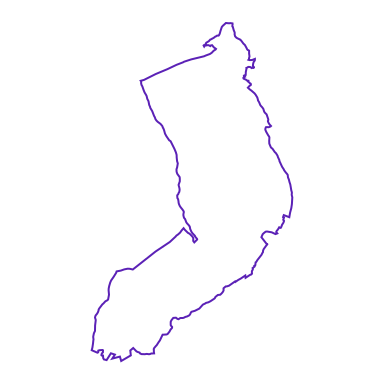 Creteni, Vâlcea, Romania
{"feature_id": "2599482B89031901268624", "entity_name": "Creteni", "entity_type": "district", "adm_level": 2, "iso_a3": "ROU", "parent_name": "Romania", "parent_adm1": "Vâlcea", "projection": "orthographic", "projection_center": [24.181, 44.701], "detail": "fine", "context": "isolated", "style": "outline", "palette": "violet", "viewbox_px": 384, "rotation_deg": 0, "n_neighbors": 0, "source": "geoboundaries", "source_scale": "gbopen_adm2", "svg_char_len": 5911}
<svg xmlns="http://www.w3.org/2000/svg" viewBox="0 0 384 384"><path d="M154.1,353.4L153.8,351.0L153.9,349.8L153.7,349.2L154.0,348.3L155.8,346.1L156.7,345.2L158.6,342.2L159.9,340.4L162.6,334.7L166.3,334.5L167.0,334.3L167.6,334.0L169.5,331.6L170.6,329.5L171.9,328.1L172.1,327.5L172.1,326.9L171.0,325.7L170.7,325.1L170.7,322.3L170.8,321.5L171.6,320.0L173.3,317.9L175.9,317.7L176.7,318.3L177.4,318.9L178.5,319.2L180.2,318.1L180.7,318.0L182.8,318.0L183.9,317.7L185.4,316.9L187.0,316.5L189.0,315.5L189.5,315.1L190.2,314.1L190.9,312.5L191.5,311.8L194.9,310.8L199.3,308.6L202.9,304.6L205.2,303.5L206.0,302.9L208.4,302.3L210.5,301.2L214.4,298.6L215.0,297.9L215.3,297.1L215.6,296.8L217.8,295.0L220.3,294.7L221.8,293.2L222.7,292.1L223.2,291.3L223.6,290.3L223.5,288.6L223.6,288.2L225.5,286.6L225.8,286.4L226.8,286.4L229.0,285.7L235.1,281.4L235.4,281.9L238.3,279.9L240.7,278.6L245.3,275.5L245.6,277.8L250.0,274.9L251.2,274.5L251.5,274.0L251.9,273.8L252.0,273.7L251.9,273.1L251.9,272.4L251.9,271.1L252.7,269.7L252.9,268.8L252.6,268.1L254.4,266.7L254.2,265.9L254.4,265.7L255.1,265.6L255.3,265.2L255.6,262.4L256.2,262.0L257.5,259.9L261.5,254.8L262.3,253.1L262.9,252.3L263.1,250.5L263.7,249.1L266.0,245.9L267.3,244.3L267.2,244.0L266.6,243.9L261.4,237.2L262.1,235.6L262.7,234.2L263.6,233.3L265.6,231.7L267.0,231.5L271.7,232.3L275.5,234.1L277.3,233.4L276.2,232.0L276.8,230.7L277.7,229.8L279.2,227.3L280.2,227.9L280.7,227.9L281.3,226.9L282.1,224.7L283.3,222.9L283.9,221.5L284.0,220.8L283.5,220.4L283.5,219.6L283.3,219.4L284.0,217.6L283.4,217.2L283.1,217.1L283.3,216.4L283.8,215.1L289.3,217.2L290.1,212.6L291.3,208.1L291.9,204.1L292.3,197.3L291.7,194.8L291.9,192.7L291.7,191.7L291.3,190.4L290.3,184.5L289.5,182.1L288.9,179.6L288.0,177.4L287.7,174.9L287.1,174.0L285.8,172.5L284.1,170.2L283.8,169.4L282.1,166.8L279.5,161.2L279.3,160.0L277.9,157.0L277.6,155.9L277.0,154.8L275.9,153.1L274.8,152.1L272.4,148.6L271.5,148.0L270.8,147.2L269.3,143.6L269.2,140.9L269.4,137.7L269.3,137.1L269.0,136.4L268.3,135.5L266.2,131.8L265.4,129.9L265.3,129.1L265.6,127.9L266.1,127.1L268.8,127.2L270.5,126.5L271.0,126.0L269.6,124.5L268.8,123.3L268.0,121.6L267.9,121.0L268.3,119.9L268.2,119.1L266.6,114.4L264.7,112.5L264.1,111.4L263.3,108.8L262.2,107.3L260.9,105.9L260.3,105.1L259.1,102.2L258.0,100.4L257.9,99.6L257.3,97.5L255.6,94.7L254.5,93.3L253.7,92.6L251.4,90.6L249.6,89.3L247.9,87.7L249.4,86.0L250.8,85.0L250.9,84.3L250.7,83.7L249.7,83.1L249.2,82.4L248.2,81.7L247.8,81.3L247.9,81.0L248.1,80.7L247.0,80.5L246.0,79.7L243.9,78.8L243.6,78.6L243.4,78.2L243.4,77.8L243.9,77.6L243.8,77.3L243.9,77.2L244.6,76.9L244.0,76.4L243.9,75.7L244.1,75.5L244.6,75.3L244.8,75.7L245.0,75.9L245.5,75.5L245.7,74.9L245.8,72.0L246.4,69.1L246.4,67.9L247.0,67.8L247.9,67.1L248.5,66.9L250.1,67.0L251.2,67.6L251.5,68.0L251.9,67.8L253.2,68.0L254.0,67.5L254.0,67.2L252.9,66.0L253.1,64.0L253.6,62.1L254.7,60.6L254.9,59.9L254.9,58.9L252.1,60.0L249.5,60.1L248.5,59.8L249.0,59.2L249.0,58.3L249.5,56.4L249.1,53.6L249.1,50.7L248.9,50.5L247.7,49.9L247.2,49.4L246.4,47.7L244.9,45.0L243.4,43.6L241.2,40.6L240.5,40.1L240.4,39.7L237.4,38.3L236.4,37.7L235.1,36.3L234.6,34.3L234.7,33.1L234.6,32.3L233.7,30.1L232.8,26.8L232.5,26.6L232.3,26.1L232.6,24.4L232.5,23.4L230.3,23.1L229.2,23.3L225.9,23.0L222.7,25.9L221.8,27.0L220.5,30.9L219.7,33.8L218.9,35.3L218.6,35.6L217.1,35.6L215.9,36.4L215.3,36.6L213.5,38.0L212.0,38.7L211.6,39.1L210.2,39.6L208.8,41.2L206.3,42.7L205.8,43.5L205.9,44.0L205.7,44.2L204.6,45.1L204.0,45.1L203.6,45.5L204.2,46.6L204.9,45.6L205.2,45.5L206.6,45.4L208.0,45.1L208.8,45.3L210.3,46.1L210.9,45.4L212.1,45.2L213.8,47.3L216.0,48.9L215.6,49.5L213.6,50.8L211.7,52.8L209.9,54.0L205.8,55.5L204.0,56.3L191.2,59.4L184.1,61.7L183.1,62.3L176.6,64.8L167.3,69.2L155.8,74.0L144.0,79.9L140.7,80.8L141.2,81.6L141.1,83.1L141.5,84.9L142.3,86.3L143.7,90.3L144.6,92.5L146.0,94.8L146.6,96.0L147.3,98.9L148.2,100.6L148.5,101.3L149.2,104.9L150.1,106.9L150.2,107.7L152.2,111.1L154.1,116.0L154.8,117.2L155.5,119.2L156.5,120.6L157.7,121.8L160.5,123.9L162.2,125.9L162.5,126.5L162.9,127.8L163.3,128.2L164.1,130.3L165.0,133.6L166.4,136.2L169.2,140.3L170.5,141.1L170.8,141.6L174.4,148.8L175.9,152.4L176.6,154.9L176.7,157.6L177.1,161.2L177.8,163.4L177.1,167.5L176.5,169.2L176.5,170.1L176.6,171.8L177.2,173.6L177.6,174.3L179.6,177.0L179.7,177.5L179.8,178.8L179.8,181.3L178.6,184.8L178.7,185.5L179.4,188.0L179.6,189.5L179.5,190.8L179.2,192.1L178.6,193.0L178.2,194.2L177.3,195.2L177.2,195.7L177.4,198.1L178.1,199.2L178.5,201.4L178.6,202.7L178.9,203.9L179.7,205.8L180.6,207.2L182.6,209.7L183.7,211.4L183.8,212.2L183.4,214.1L183.4,215.3L183.8,217.1L184.1,217.9L185.1,219.1L186.3,222.3L187.0,223.3L189.3,225.8L189.5,226.5L189.8,226.8L190.2,229.0L191.3,231.5L191.9,232.5L192.6,233.4L194.9,235.8L194.9,236.2L195.6,237.2L197.0,238.8L197.2,239.3L197.0,239.7L194.3,242.4L193.3,241.1L193.2,240.6L193.3,238.8L193.2,238.1L192.5,236.7L190.3,234.4L189.2,233.5L188.0,232.9L184.9,229.9L183.6,228.2L181.5,230.6L180.1,232.6L178.0,234.5L176.4,235.6L175.6,236.6L169.8,242.0L155.6,251.5L132.8,269.5L129.8,268.8L127.6,268.7L124.2,269.4L120.8,270.6L116.6,271.4L116.1,272.9L113.6,276.9L111.1,280.5L110.2,282.6L109.2,286.0L108.7,288.5L108.6,290.3L109.0,294.7L108.1,299.5L107.3,300.3L105.4,301.3L103.3,303.6L102.4,304.3L99.3,308.4L98.7,309.4L98.5,310.6L97.9,312.3L97.0,313.8L95.6,315.5L95.2,316.7L95.0,317.6L95.7,319.8L95.7,320.5L95.1,325.5L95.0,330.5L95.0,330.9L93.9,333.3L93.3,336.2L93.2,337.0L93.5,339.4L93.3,340.7L93.0,343.6L92.4,347.6L91.7,350.2L97.4,352.7L97.9,352.5L98.2,352.2L98.3,350.6L99.5,350.2L102.5,350.0L103.0,350.3L103.0,350.9L102.9,352.4L102.2,353.0L101.6,354.1L101.4,355.1L101.9,355.6L103.0,355.6L103.2,358.1L103.9,359.4L106.6,360.1L110.9,353.3L114.9,354.6L112.3,358.6L119.9,356.6L121.2,361.0L130.8,355.4L130.3,350.5L133.2,348.0L136.5,351.4L137.5,351.9L139.6,352.6L140.0,353.4L141.5,354.1L144.8,354.2L146.8,353.9L148.8,354.2L149.9,354.1L151.3,353.5L154.1,353.4Z" fill="none" stroke="#5b21b6" stroke-width="2"/></svg>